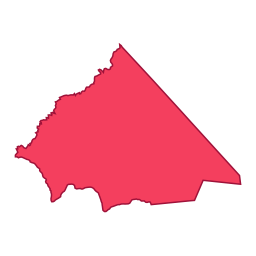 Angical, Bahia, Brazil (Albers equal-area conic projection)
{"feature_id": "56859067B3932708379587", "entity_name": "Angical", "entity_type": "district", "adm_level": 2, "iso_a3": "BRA", "parent_name": "Brazil", "parent_adm1": "Bahia", "projection": "albers", "projection_center": [-44.765, -11.959], "detail": "fine", "context": "isolated", "style": "filled", "palette": "rose", "viewbox_px": 256, "rotation_deg": 0, "n_neighbors": 0, "source": "geoboundaries", "source_scale": "gbopen_adm2", "svg_char_len": 3260}
<svg xmlns="http://www.w3.org/2000/svg" viewBox="0 0 256 256"><path d="M240.6,184.2L240.3,182.0L239.5,175.5L225.3,159.9L216.0,149.7L200.2,132.3L191.0,122.2L182.6,112.9L152.5,79.9L146.5,73.4L122.1,47.1L121.2,45.6L119.7,44.5L119.9,46.3L120.0,47.8L118.8,48.8L117.2,49.4L116.6,50.7L115.4,51.5L114.0,51.9L113.2,53.5L112.8,56.1L112.0,57.8L111.1,58.9L110.4,60.4L110.8,62.2L111.8,63.3L112.5,64.6L112.5,65.9L111.6,66.6L110.5,67.3L110.4,68.9L109.1,69.6L107.4,69.4L105.8,68.4L104.4,68.7L103.7,70.4L103.4,72.4L102.3,71.2L101.3,70.1L99.6,69.3L98.4,70.0L99.0,71.1L99.8,71.9L100.7,72.8L100.6,74.0L98.9,74.8L97.2,75.8L96.1,76.2L95.0,76.5L94.5,77.9L94.5,79.9L94.5,81.3L93.8,82.5L93.9,83.7L91.8,84.3L90.3,85.3L89.5,86.9L87.9,87.1L86.5,87.2L85.8,88.4L85.4,89.7L84.5,91.2L82.6,91.1L81.3,92.2L80.7,93.7L79.5,93.9L79.3,92.7L77.9,93.3L76.3,94.1L75.4,95.5L74.4,93.6L73.4,94.9L72.0,94.9L70.7,94.9L69.5,95.2L67.9,95.6L66.8,95.2L65.6,95.3L64.1,95.6L62.7,96.2L61.1,96.9L59.5,97.5L60.4,99.3L58.5,100.1L57.0,101.4L55.4,101.9L56.2,103.9L55.4,105.5L55.9,107.1L55.5,108.4L54.2,109.4L53.7,110.8L54.2,112.1L55.0,113.5L53.8,113.2L52.5,112.4L51.0,113.0L51.9,114.3L51.7,115.4L50.2,114.9L48.3,115.0L48.5,117.0L48.5,118.2L47.4,117.7L46.3,117.6L46.7,119.8L44.9,120.0L43.6,119.8L42.4,120.3L40.9,120.6L40.0,121.8L41.3,122.7L41.4,123.9L39.8,123.6L39.8,125.0L39.1,126.4L37.4,126.3L37.2,128.0L38.6,129.1L37.8,130.3L38.0,131.8L36.8,132.1L35.7,132.8L36.7,133.6L36.9,135.1L36.0,136.9L35.0,138.6L33.9,138.8L32.8,139.5L32.1,140.6L31.8,141.7L31.4,142.9L29.9,143.5L30.5,144.8L29.7,145.6L28.3,144.7L27.8,146.0L27.0,147.0L25.9,148.5L23.9,147.7L22.6,146.1L21.2,145.4L19.6,146.7L18.3,146.3L17.3,146.9L17.8,148.8L16.3,148.9L17.1,150.5L17.8,152.3L17.0,153.2L16.3,154.0L15.4,155.1L15.4,156.8L17.3,156.9L18.4,157.8L19.6,157.3L21.2,157.0L22.8,157.5L24.1,158.1L25.2,158.6L26.9,159.4L28.4,159.7L29.8,160.6L30.1,161.8L31.8,162.6L33.4,163.0L34.7,163.6L35.4,164.5L36.2,165.4L36.8,166.3L37.5,167.3L38.5,167.9L39.7,168.9L39.7,170.6L40.4,171.7L41.6,172.6L42.5,174.2L42.7,175.6L43.1,176.8L44.5,178.1L45.8,178.8L46.4,180.0L45.6,181.2L46.0,182.8L47.5,184.0L48.1,186.0L49.3,187.5L50.1,188.8L50.0,190.0L50.9,190.8L51.0,192.4L51.5,194.0L51.5,195.7L51.3,197.2L51.0,198.4L51.1,200.3L51.7,201.7L53.1,201.7L54.5,201.0L55.3,200.0L57.0,199.0L58.4,198.2L60.6,196.7L60.8,195.0L61.5,193.6L62.9,192.1L64.3,191.2L65.3,189.6L65.9,188.1L66.7,186.5L67.3,185.1L68.3,184.4L69.6,184.3L71.5,184.1L73.2,184.4L74.5,185.5L75.1,188.2L76.7,188.9L78.4,188.6L80.3,188.5L81.4,189.0L82.6,189.0L83.9,188.4L84.8,187.8L86.4,187.5L88.7,187.2L90.3,187.1L91.9,187.4L93.7,188.5L94.9,190.1L96.2,191.4L98.3,192.8L99.1,195.0L100.7,199.4L101.0,200.5L101.3,201.6L102.0,203.1L102.2,205.0L102.4,206.2L102.7,208.5L103.0,210.3L104.4,211.5L105.9,211.5L107.1,210.6L108.3,209.5L109.5,209.0L110.4,207.7L111.3,206.9L112.8,206.5L114.2,206.0L115.5,205.5L116.8,205.0L118.1,204.6L119.2,204.7L121.4,204.0L123.3,203.9L125.1,204.0L126.9,203.9L128.4,203.8L129.8,203.1L131.0,201.2L132.0,199.8L133.2,199.5L134.9,199.3L136.4,199.0L137.4,199.5L139.4,199.5L140.5,200.2L141.3,201.0L142.7,201.0L144.2,200.9L145.7,202.2L147.1,202.4L148.4,202.0L149.9,201.9L150.7,203.1L151.2,204.6L189.7,200.8L194.5,200.4L203.1,180.3L238.3,184.0L240.6,184.2Z" fill="#f43f5e" stroke="#9f1239" stroke-width="1.5"/></svg>